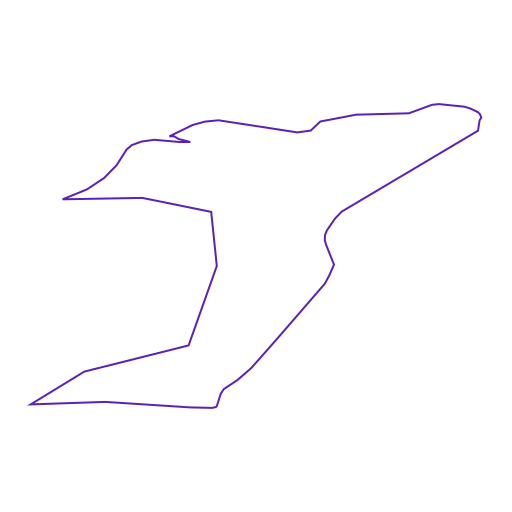 outline of Höfuðborgarsvæði
{"feature_id": "ISL-709", "entity_name": "Höfuðborgarsvæði", "entity_type": "Region", "adm_level": 1, "iso_a3": "ISL", "parent_name": "Iceland", "parent_adm1": "", "projection": "robinson", "projection_center": [-21.536, 64.199], "detail": "fine", "context": "isolated", "style": "outline", "palette": "violet", "viewbox_px": 512, "rotation_deg": 0, "n_neighbors": 0, "source": "natural_earth", "source_scale": "10m", "svg_char_len": 794}
<svg xmlns="http://www.w3.org/2000/svg" viewBox="0 0 512 512"><path d="M62.6,199.3L86.9,189.4L104.1,178.0L116.7,165.1L126.6,149.5L132.0,145.0L141.8,141.5L154.2,139.8L179.6,142.0L190.3,142.0L178.9,139.1L174.0,136.3L169.4,136.3L192.6,125.0L205.0,121.6L218.6,120.3L297.3,132.4L310.7,130.6L320.3,121.5L356.0,114.7L408.8,113.3L432.1,104.8L439.0,104.1L464.4,106.7L470.0,108.4L477.7,112.0L479.9,114.1L481.3,117.6L479.6,120.3L478.0,130.7L341.7,211.6L335.0,218.6L326.9,230.4L325.0,235.1L324.8,240.5L326.3,245.3L334.0,264.6L329.4,275.2L324.9,283.6L275.0,341.2L251.3,368.0L237.5,380.0L223.8,389.1L220.8,393.6L216.9,405.9L216.0,407.0L212.3,407.9L190.2,407.4L105.3,401.9L30.7,404.4L84.3,371.6L188.6,345.4L216.8,266.0L211.2,211.9L142.3,197.9L62.6,199.3Z" fill="none" stroke="#5b21b6" stroke-width="2"/></svg>